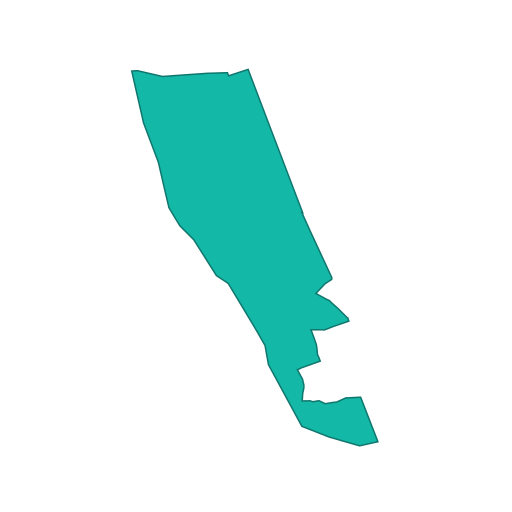 the district of New Cairo-2, Al Qahirah, Egypt, rotated 251°
{"feature_id": "37247803B58056872224952", "entity_name": "New Cairo-2", "entity_type": "district", "adm_level": 2, "iso_a3": "EGY", "parent_name": "Egypt", "parent_adm1": "Al Qahirah", "projection": "albers", "projection_center": [31.527, 30.074], "detail": "fine", "context": "isolated", "style": "filled", "palette": "teal", "viewbox_px": 512, "rotation_deg": 251, "n_neighbors": 0, "source": "geoboundaries", "source_scale": "gbopen_adm2", "svg_char_len": 1270}
<svg xmlns="http://www.w3.org/2000/svg" viewBox="0 0 512 512"><g transform="rotate(251 256 256)"><path d="M376.8,194.2L374.4,194.0L355.5,192.0L330.0,189.4L318.1,191.9L309.2,193.9L294.8,200.9L291.5,202.5L282.5,204.6L269.4,207.7L250.4,212.2L247.5,214.4L240.2,220.0L239.1,220.8L217.0,225.5L187.3,231.8L168.4,235.4L149.2,232.4L104.2,239.9L80.0,243.9L61.0,266.2L46.4,287.0L42.8,292.2L40.7,310.8L87.6,309.0L88.4,308.9L89.4,305.6L90.3,302.4L92.6,294.6L92.5,294.0L91.7,285.3L91.6,284.8L92.4,281.6L93.8,273.4L98.7,268.4L99.7,262.3L101.5,259.9L103.9,252.5L111.0,255.5L114.4,257.6L115.8,258.3L116.4,258.6L118.6,259.3L121.9,259.6L124.3,259.9L128.3,259.2L135.1,258.1L135.1,260.3L135.5,262.6L135.5,264.7L135.7,282.5L139.2,282.4L143.0,282.1L148.7,283.5L152.4,284.2L159.5,284.2L168.4,284.0L167.3,287.0L164.6,294.8L163.8,296.6L164.2,306.3L164.2,322.6L167.5,322.6L167.5,322.4L175.2,318.6L179.9,316.3L182.8,314.7L187.5,312.0L189.9,311.0L192.2,308.5L199.8,301.6L201.1,300.4L207.3,312.3L209.2,319.9L210.6,320.6L212.3,320.5L262.6,315.3L282.0,313.5L281.6,314.2L282.3,314.2L383.9,310.9L435.0,309.3L435.0,309.2L435.3,288.7L438.6,288.7L444.6,269.4L456.2,226.0L469.9,204.1L471.3,198.7L422.0,193.4L418.8,193.0L405.0,193.4L376.8,194.2Z" fill="#14b8a6" stroke="#0f766e" stroke-width="1.5"/></g></svg>